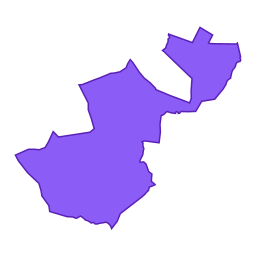 outline of Santiago Huauclilla, Oaxaca, Mexico
{"feature_id": "50627088B40997107404186", "entity_name": "Santiago Huauclilla", "entity_type": "district", "adm_level": 2, "iso_a3": "MEX", "parent_name": "Mexico", "parent_adm1": "Oaxaca", "projection": "natural_earth1", "projection_center": [-97.024, 17.49], "detail": "fine", "context": "isolated", "style": "filled", "palette": "violet", "viewbox_px": 256, "rotation_deg": 0, "n_neighbors": 0, "source": "geoboundaries", "source_scale": "gbopen_adm2", "svg_char_len": 2334}
<svg xmlns="http://www.w3.org/2000/svg" viewBox="0 0 256 256"><path d="M130.2,59.6L127.7,63.7L126.5,66.8L126.2,67.7L122.4,70.2L120.0,71.8L113.9,73.1L110.7,73.3L100.7,77.5L93.1,80.3L82.3,84.6L79.0,84.8L88.3,103.1L88.3,110.0L91.1,117.8L94.2,128.7L90.0,132.2L58.4,137.0L53.2,131.6L48.3,142.2L45.0,147.7L41.8,148.7L41.5,148.9L39.1,149.8L35.3,149.3L28.4,149.3L15.4,155.1L18.3,160.7L27.5,172.6L38.8,183.3L38.9,183.5L41.0,190.4L41.9,195.9L48.9,205.7L49.7,211.5L67.2,216.7L69.3,216.7L71.4,216.9L73.2,217.0L75.2,218.1L76.9,218.1L80.5,216.0L81.7,216.9L83.5,218.1L85.2,219.9L87.9,220.8L89.7,221.9L91.3,223.0L93.5,222.4L95.0,223.9L97.3,224.0L99.8,223.2L101.8,223.0L104.0,222.6L105.8,222.2L107.4,222.7L109.5,224.5L110.8,226.3L111.6,228.6L117.2,221.3L120.3,213.6L142.0,196.8L145.1,194.1L146.3,192.4L147.6,191.4L148.7,189.8L149.2,187.2L154.7,185.0L155.1,184.5L151.3,181.3L151.9,174.0L148.7,171.6L146.0,164.0L144.0,162.1L143.2,161.9L140.1,162.3L140.0,160.4L142.8,154.7L143.4,150.2L143.9,148.9L142.9,145.8L143.0,143.2L142.0,141.6L142.4,141.5L144.6,141.0L145.5,141.0L150.0,141.6L159.1,142.8L160.4,131.9L160.0,124.4L160.2,123.0L161.1,115.7L161.6,115.5L163.6,114.6L164.8,113.5L166.7,111.6L168.7,112.0L170.2,112.5L171.9,113.0L174.4,113.2L175.5,113.4L175.5,112.8L176.2,111.6L178.1,112.3L178.3,113.4L179.6,113.2L180.9,111.5L188.1,111.7L195.7,111.4L201.7,101.3L214.7,99.2L223.3,88.8L225.1,85.7L225.7,85.0L226.1,83.8L226.5,82.5L226.8,81.7L227.5,80.5L227.9,80.1L228.5,79.5L230.0,78.5L230.6,78.1L230.7,77.3L230.9,76.3L231.1,75.2L231.3,74.5L231.6,73.1L232.0,71.7L232.7,70.1L233.4,69.1L234.1,68.4L234.5,67.7L235.2,66.8L235.5,65.9L235.8,64.7L236.1,63.7L236.7,62.9L237.3,62.2L238.6,61.7L239.8,61.5L240.2,61.2L240.6,60.2L240.6,59.3L240.3,58.8L240.0,57.4L240.4,56.9L240.6,56.8L237.4,43.1L236.4,44.0L227.5,43.9L216.8,43.8L213.7,43.7L209.8,43.5L208.5,43.0L212.6,35.0L204.1,29.9L200.0,27.4L192.4,42.6L170.6,34.8L169.6,34.5L168.7,34.0L168.4,35.1L168.7,35.7L169.3,36.4L169.6,36.9L169.5,37.5L169.2,38.1L168.1,38.9L168.1,41.2L168.0,41.9L167.5,43.0L167.0,44.3L166.4,45.3L166.3,45.6L166.2,46.7L165.5,48.1L162.5,50.5L163.4,51.1L163.7,51.3L173.6,60.9L192.0,78.5L191.1,90.9L191.3,98.3L189.6,102.9L182.1,100.0L170.2,95.6L163.1,92.6L155.7,89.6L155.6,88.4L150.3,82.9L144.2,78.1L139.4,72.4L135.9,67.1L132.8,62.5L130.2,59.6Z" fill="#8b5cf6" stroke="#5b21b6" stroke-width="1.5"/></svg>